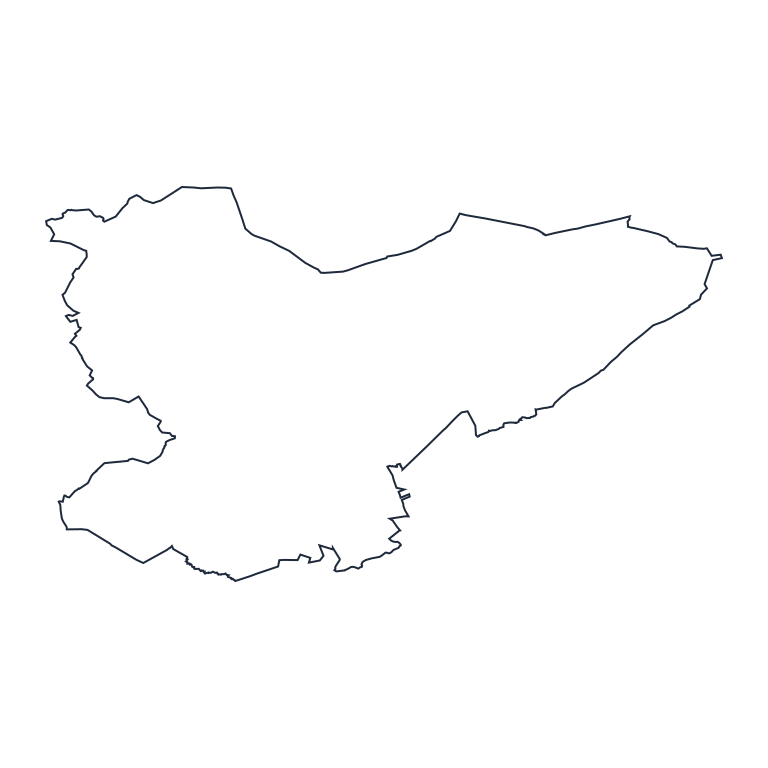 Izvaltas pag., Kraslavas, Latvia (Natural Earth projection)
{"feature_id": "27541924B67653564082262", "entity_name": "Izvaltas pag.", "entity_type": "district", "adm_level": 2, "iso_a3": "LVA", "parent_name": "Latvia", "parent_adm1": "Kraslavas", "projection": "natural_earth1", "projection_center": [27.011, 55.966], "detail": "fine", "context": "isolated", "style": "outline", "palette": "slate", "viewbox_px": 768, "rotation_deg": 0, "n_neighbors": 0, "source": "geoboundaries", "source_scale": "gbopen_adm2", "svg_char_len": 6012}
<svg xmlns="http://www.w3.org/2000/svg" viewBox="0 0 768 768"><path d="M629.8,216.3L619.8,218.9L595.2,224.5L585.2,226.5L577.8,228.6L572.7,229.3L555.3,232.9L545.6,235.3L543.9,234.4L544.3,234.2L542.8,233.2L538.5,230.5L533.4,228.4L526.3,226.8L524.9,226.2L484.9,218.4L466.1,215.2L459.7,213.6L455.8,221.5L450.0,230.9L436.3,236.9L435.0,238.5L430.8,241.1L430.2,240.9L416.5,248.8L411.9,250.7L397.4,254.9L387.2,256.5L386.5,258.0L365.4,264.0L347.8,270.3L343.0,271.6L324.4,272.9L320.8,272.7L317.9,269.4L313.3,267.3L305.2,262.8L289.2,250.9L279.2,246.1L271.1,241.5L254.5,235.7L251.6,234.1L245.3,228.6L242.4,219.4L236.6,202.3L233.6,195.5L231.1,188.5L225.6,187.7L217.5,187.5L201.3,188.3L193.5,187.5L181.9,187.0L160.9,200.5L153.0,203.1L143.9,200.1L140.0,196.8L136.5,195.1L129.3,198.8L127.7,201.8L127.3,203.6L122.5,208.1L115.7,216.6L104.3,221.7L103.1,220.7L103.0,220.2L103.6,219.0L103.2,217.9L99.8,216.2L96.9,216.7L95.7,216.4L93.8,215.0L91.4,211.5L88.8,209.5L76.2,210.5L73.3,210.3L71.2,209.8L70.7,210.3L68.6,209.9L67.3,210.2L65.4,212.5L62.9,213.5L62.5,214.2L63.3,216.0L62.5,217.5L61.7,218.0L55.1,219.6L51.8,218.8L46.1,221.2L46.8,225.0L50.4,227.5L54.2,234.3L50.9,240.9L59.9,241.3L70.5,243.5L83.7,250.1L86.2,250.8L86.7,254.5L86.7,257.1L79.2,267.6L79.0,268.4L77.0,269.0L76.5,268.8L76.1,268.9L72.5,274.3L73.6,277.4L70.3,282.3L65.0,292.8L62.5,294.8L64.8,300.9L67.2,305.3L73.4,310.7L78.5,312.9L72.6,315.9L68.7,314.9L65.9,316.1L70.3,321.8L76.6,319.9L78.6,327.1L80.7,327.8L79.9,329.7L74.9,333.8L76.4,335.8L74.8,337.1L70.3,342.6L74.2,345.1L76.2,347.3L80.3,354.5L81.3,355.4L82.1,358.2L82.4,358.1L82.9,359.7L87.1,366.4L92.1,370.4L89.7,375.4L92.4,378.0L92.9,378.0L93.1,379.3L88.1,383.6L86.9,385.6L92.6,390.6L96.0,394.4L99.4,397.1L104.1,398.2L113.2,398.2L117.1,398.9L128.7,402.3L138.6,396.5L147.0,408.9L147.8,411.2L148.0,412.3L149.6,414.7L156.6,418.7L161.3,421.1L161.1,421.1L157.8,426.1L159.3,428.7L159.6,429.7L162.2,432.5L169.9,433.2L171.9,435.9L174.9,436.2L175.0,436.9L174.8,438.3L169.7,440.0L166.1,441.8L165.6,443.2L165.8,445.0L164.6,446.0L164.7,446.6L164.3,447.0L164.3,447.8L163.6,448.5L162.6,450.8L162.5,451.9L160.2,455.8L154.6,459.8L148.0,463.3L132.6,458.7L128.9,459.6L127.9,460.9L104.8,463.1L104.0,463.5L96.4,470.7L96.1,471.0L96.3,471.2L93.2,473.7L91.3,476.2L88.7,481.6L87.8,483.1L79.3,488.8L78.8,488.4L76.9,490.0L74.9,491.1L69.3,497.4L67.0,496.9L65.5,495.7L64.4,495.5L63.8,497.1L62.8,501.7L59.6,501.3L58.7,501.7L60.3,504.9L60.7,510.8L61.9,518.7L63.6,522.2L66.4,526.5L66.7,527.4L66.8,529.4L81.7,529.2L87.5,529.9L110.1,543.7L111.5,545.3L115.8,547.5L136.4,559.8L143.3,563.0L167.2,549.8L168.8,548.4L170.0,548.0L171.9,546.0L173.3,549.1L187.1,556.9L186.9,557.5L187.3,558.0L186.7,558.8L187.4,559.3L186.9,559.6L187.2,559.9L186.4,560.9L186.9,561.5L186.4,561.6L186.8,561.9L186.8,562.3L187.5,562.6L187.4,563.7L189.6,563.5L190.0,563.7L189.7,564.5L189.9,564.7L190.8,564.3L191.5,564.6L192.1,566.7L192.8,567.1L193.6,566.9L194.1,567.0L193.8,567.7L194.1,567.9L194.5,568.9L195.3,568.7L195.9,569.0L198.8,568.8L200.7,571.1L201.3,571.1L201.8,570.4L202.5,570.8L203.4,570.7L203.7,571.8L204.6,571.7L204.3,572.7L205.0,573.6L206.9,572.8L208.3,573.0L208.7,572.5L209.6,572.9L210.7,572.8L213.0,571.7L215.0,572.8L217.1,572.6L217.4,573.0L217.4,573.6L218.6,574.1L218.6,574.6L220.1,574.4L221.0,574.7L221.7,574.1L224.2,574.1L225.5,573.5L226.5,574.7L227.4,574.9L227.2,575.4L227.8,575.7L228.4,575.6L228.1,576.0L228.3,576.5L228.1,576.9L231.0,577.9L231.0,578.5L231.8,579.1L232.0,578.8L232.8,578.7L233.9,580.0L235.1,580.4L235.3,581.0L250.1,576.2L256.7,573.7L278.1,566.5L279.3,560.2L283.8,559.9L297.6,560.1L300.4,554.6L310.3,557.9L308.9,562.6L319.8,560.5L323.5,555.8L319.4,545.3L332.8,549.4L332.8,547.8L339.8,559.1L339.5,560.4L335.8,566.0L335.2,567.5L335.4,568.9L334.4,570.2L336.3,571.4L344.7,570.4L344.7,570.2L347.8,568.9L350.9,567.1L352.3,566.8L354.8,567.2L358.2,568.6L360.2,567.3L361.9,566.7L361.9,566.0L362.1,565.5L361.5,564.5L362.5,562.1L363.3,561.5L365.9,560.0L371.5,558.4L379.4,556.9L380.9,556.2L385.4,552.7L386.7,552.7L388.6,553.3L389.8,553.2L391.8,551.8L393.4,550.0L398.4,547.9L398.9,547.4L399.4,546.2L400.6,545.6L400.8,544.9L400.0,543.7L398.2,542.1L397.2,541.8L395.7,542.0L393.0,541.5L391.3,540.7L389.2,538.7L399.1,530.8L400.1,530.5L397.4,527.3L392.7,520.6L389.7,518.7L405.3,516.3L408.5,516.4L405.0,510.3L403.5,506.3L403.2,503.8L401.8,499.9L409.7,496.6L409.1,494.2L400.6,497.7L399.9,495.0L398.6,491.8L404.3,489.5L396.5,487.8L394.0,480.9L392.5,475.3L387.3,466.7L387.6,466.4L388.4,466.5L389.1,466.0L389.8,465.8L391.5,466.4L392.5,466.1L393.3,466.5L395.4,466.3L395.6,466.8L396.9,466.9L397.1,466.4L396.8,465.2L397.1,464.5L400.0,463.9L400.3,464.3L400.3,465.4L400.9,465.8L400.9,466.6L402.3,468.3L402.4,469.8L426.2,447.0L443.2,430.3L446.1,427.8L452.1,421.4L457.8,415.7L461.6,412.4L467.6,411.3L475.3,425.7L476.0,435.1L477.6,436.7L479.0,436.1L479.1,435.6L480.2,434.9L480.8,434.8L485.1,433.1L488.2,432.1L489.0,430.6L490.0,431.0L492.7,430.2L494.2,430.3L495.6,430.1L498.6,429.0L499.7,428.0L503.5,426.9L503.4,424.6L504.2,423.3L509.8,422.5L516.0,422.7L515.9,423.0L516.2,423.0L518.6,421.8L518.8,420.5L519.1,420.1L520.8,420.0L520.2,419.5L520.0,419.2L520.2,418.9L521.3,418.4L522.3,417.2L525.5,417.6L526.4,418.1L529.7,418.0L530.1,417.9L530.4,417.3L530.7,417.1L533.6,416.5L534.2,415.9L535.0,415.8L535.6,415.4L535.8,414.7L536.3,414.3L536.0,412.5L536.1,411.7L535.7,410.8L535.6,409.4L536.2,409.6L545.4,407.8L546.2,407.9L552.8,406.4L554.8,403.0L562.3,396.0L564.4,394.6L568.2,391.1L571.2,388.8L583.9,382.7L598.6,373.0L600.9,370.6L603.3,369.9L610.9,361.9L617.0,356.8L621.4,352.1L629.7,344.5L642.6,334.3L653.2,325.3L664.6,321.1L671.4,317.6L676.0,314.6L682.3,311.4L689.5,306.7L689.3,305.6L699.9,299.1L701.0,294.7L707.0,288.4L704.6,284.1L712.8,260.1L721.9,258.1L720.7,254.7L711.6,255.8L706.9,248.3L703.8,248.8L697.4,248.4L684.7,246.8L676.8,246.4L675.8,244.9L675.1,244.3L672.5,243.3L671.5,242.1L669.6,241.5L666.9,237.9L658.4,234.1L647.5,231.2L634.1,228.1L630.9,227.6L627.9,226.7L628.0,225.0L627.6,221.7L629.6,219.2L629.3,217.4L629.8,216.3Z" fill="none" stroke="#1e293b" stroke-width="2"/></svg>